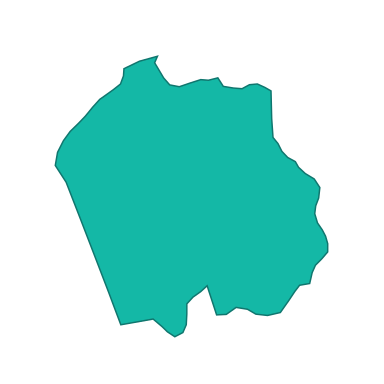 outline of Formosa do Sul, Santa Catarina, Brazil, rotated 254°
{"feature_id": "56859067B9697158571656", "entity_name": "Formosa do Sul", "entity_type": "district", "adm_level": 2, "iso_a3": "BRA", "parent_name": "Brazil", "parent_adm1": "Santa Catarina", "projection": "orthographic", "projection_center": [-52.793, -26.635], "detail": "fine", "context": "isolated", "style": "filled", "palette": "teal", "viewbox_px": 384, "rotation_deg": 254, "n_neighbors": 0, "source": "geoboundaries", "source_scale": "gbopen_adm2", "svg_char_len": 1105}
<svg xmlns="http://www.w3.org/2000/svg" viewBox="0 0 384 384"><g transform="rotate(254 192 192)"><path d="M283.8,91.6L276.8,82.6L267.2,73.7L255.2,67.9L236.1,73.7L198.2,77.2L163.4,80.3L117.8,84.3L105.0,85.3L84.0,87.0L80.6,119.6L70.9,126.1L64.4,129.8L57.6,135.6L59.4,144.5L66.0,149.9L76.2,153.4L85.9,156.2L90.7,164.0L93.8,172.8L97.7,180.7L67.1,181.8L64.9,191.2L68.9,202.6L64.0,213.0L57.0,219.7L52.5,230.6L51.8,243.7L60.9,255.0L68.1,263.5L72.7,269.7L71.6,279.9L81.4,285.3L87.6,290.5L92.1,298.5L97.0,305.9L104.9,308.2L112.7,308.2L119.6,306.8L127.7,304.1L137.3,304.0L144.6,307.1L151.3,312.1L161.0,316.1L170.8,313.1L178.6,305.9L186.4,301.2L192.7,299.7L198.8,293.5L206.3,289.6L214.8,288.0L222.1,284.9L240.5,288.8L267.4,295.8L272.5,290.8L277.8,284.6L279.3,276.8L277.5,268.6L280.5,260.5L284.9,251.2L294.6,248.3L294.9,238.6L297.6,231.4L297.3,221.2L296.7,208.8L301.1,200.1L309.4,196.2L318.2,193.9L326.5,191.7L332.0,196.2L332.2,177.6L329.3,160.6L322.4,158.1L315.5,153.0L312.0,144.5L309.4,137.2L306.5,128.9L300.9,119.9L294.3,110.4L289.4,102.0L283.8,91.6Z" fill="#14b8a6" stroke="#0f766e" stroke-width="1.5"/></g></svg>